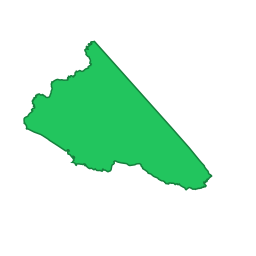 Padilla, Cauca, Colombia, rotated 300°
{"feature_id": "7082276B60306197316687", "entity_name": "Padilla", "entity_type": "district", "adm_level": 2, "iso_a3": "COL", "parent_name": "Colombia", "parent_adm1": "Cauca", "projection": "equal_earth", "projection_center": [-76.342, 3.186], "detail": "fine", "context": "isolated", "style": "filled", "palette": "green", "viewbox_px": 256, "rotation_deg": 300, "n_neighbors": 0, "source": "geoboundaries", "source_scale": "gbopen_adm2", "svg_char_len": 5620}
<svg xmlns="http://www.w3.org/2000/svg" viewBox="0 0 256 256"><g transform="rotate(300 128 128)"><path d="M128.7,223.0L128.7,221.3L129.0,220.5L130.1,219.5L130.8,218.4L131.0,217.5L132.0,214.9L132.7,213.6L133.3,213.1L133.7,212.1L134.5,209.4L135.7,206.0L141.4,191.0L145.8,177.9L149.8,166.1L186.2,55.6L185.3,54.7L184.4,53.3L184.1,53.0L183.6,52.9L183.3,53.1L183.1,54.2L182.9,54.5L182.2,54.5L182.0,54.4L181.6,52.2L181.1,51.8L180.6,51.9L180.6,53.6L180.4,53.7L179.9,53.5L179.3,53.0L178.5,53.1L178.4,53.0L178.1,51.5L177.9,51.3L177.7,51.3L177.1,52.1L176.6,53.6L176.2,54.1L175.9,53.6L176.1,53.0L176.4,52.2L176.4,51.9L174.6,52.2L174.0,51.6L173.6,52.0L173.0,52.8L172.4,54.1L172.2,54.4L171.8,54.6L171.0,54.6L170.6,55.0L170.4,55.9L169.9,57.3L170.0,58.3L169.9,58.9L169.2,59.6L168.7,60.6L167.9,61.5L167.2,62.1L166.2,62.1L165.0,62.6L165.0,63.0L165.2,63.5L165.1,64.1L164.9,64.3L164.2,64.0L163.5,64.4L163.1,63.9L162.2,63.3L161.1,62.9L160.6,63.2L160.4,63.7L160.1,63.6L159.9,63.6L158.2,62.0L157.0,61.4L155.2,60.9L154.0,59.9L153.7,58.7L153.8,58.1L153.6,57.4L152.8,56.9L152.1,56.4L151.6,56.2L151.1,55.2L151.2,54.9L150.6,55.0L150.0,54.6L149.7,54.6L149.1,54.7L147.3,55.7L146.2,55.0L145.6,55.4L145.3,55.4L145.0,55.2L144.8,54.6L144.8,54.4L145.1,53.6L145.0,52.9L144.7,52.4L144.1,52.2L143.4,52.4L143.2,52.1L143.2,51.6L143.2,51.1L143.1,50.8L142.3,51.3L142.1,51.3L141.8,50.7L141.6,50.6L141.3,50.9L141.2,51.4L140.9,51.4L140.5,51.1L140.3,51.1L139.9,51.8L139.4,51.8L138.8,50.9L137.2,48.3L136.7,46.6L135.5,45.0L135.0,43.0L134.7,42.5L134.0,41.8L132.3,40.7L131.3,40.2L130.4,40.0L130.1,39.7L130.0,39.2L129.8,39.0L129.4,39.2L128.6,39.7L128.2,39.7L127.8,39.5L127.6,39.6L126.9,40.3L125.7,40.9L124.8,42.1L123.8,42.8L121.4,43.1L120.7,43.5L120.0,43.8L118.9,43.9L116.3,44.4L115.6,44.3L115.1,44.0L114.4,43.4L113.8,42.4L113.6,41.5L114.1,40.2L113.9,39.0L113.9,38.8L114.2,38.6L114.3,38.2L113.9,37.8L114.1,37.0L113.4,36.6L112.9,35.8L113.1,34.1L112.9,33.8L112.2,33.6L111.7,32.6L111.0,32.5L110.7,32.8L110.4,32.8L110.2,32.0L109.8,32.0L109.4,32.2L108.5,33.0L108.2,32.7L107.3,31.5L107.0,31.6L106.8,32.1L106.5,32.4L106.2,32.3L105.6,31.6L105.1,31.6L104.6,32.2L104.3,32.2L103.9,31.7L103.5,31.6L103.2,31.8L102.9,32.4L102.3,32.8L101.4,33.2L101.4,33.4L101.6,33.8L101.6,34.1L101.0,34.9L101.0,35.4L100.5,35.7L100.3,35.3L99.7,35.2L99.4,35.4L99.4,35.8L99.6,36.0L99.7,36.4L99.1,36.6L98.9,37.1L98.6,37.1L97.9,36.6L97.2,35.7L96.6,35.7L95.9,35.4L95.5,35.4L95.2,35.8L95.5,36.1L95.4,36.6L95.1,36.9L94.7,36.6L93.5,36.6L92.7,36.1L91.5,35.6L89.8,35.3L88.0,35.4L86.4,34.1L85.0,33.4L84.1,33.4L82.6,34.2L80.8,35.5L80.3,35.7L80.6,36.3L79.9,37.0L79.4,38.7L77.4,40.3L76.7,40.3L76.5,40.8L77.1,41.7L77.2,42.2L77.5,47.2L77.6,48.9L78.8,55.8L78.5,63.5L78.3,65.4L78.0,66.1L78.1,66.6L78.0,67.7L77.6,76.4L77.2,82.2L77.0,85.3L77.2,86.0L77.6,86.3L78.6,86.4L79.1,86.7L79.4,87.5L79.0,88.4L78.8,88.6L78.5,88.4L78.3,87.6L77.9,87.5L76.4,88.2L75.5,89.1L75.5,89.3L75.8,90.2L75.9,90.6L75.8,91.3L74.7,94.1L74.7,94.5L74.8,94.7L75.3,94.7L76.1,94.5L76.2,95.2L76.2,95.8L75.8,96.3L75.5,96.6L75.1,96.6L74.9,96.4L74.7,95.7L74.3,95.4L74.0,95.6L74.0,96.1L73.7,96.8L73.0,97.3L72.0,97.0L70.9,97.1L70.4,96.9L70.8,97.7L71.0,99.4L70.8,99.9L69.9,101.1L69.8,101.8L70.1,101.9L70.7,101.5L70.9,101.4L71.3,101.7L72.3,103.3L73.1,105.3L73.3,105.6L73.7,106.6L73.8,107.4L74.3,107.6L74.7,107.6L75.0,107.9L75.1,108.3L75.2,109.3L74.9,109.8L74.7,109.8L74.3,109.2L74.1,109.2L73.9,109.4L73.9,109.8L74.4,110.3L74.4,110.7L73.9,112.0L73.7,112.9L73.6,114.8L73.9,115.4L74.7,116.2L74.9,116.6L74.8,118.8L74.8,119.4L75.1,119.6L76.2,120.0L75.8,121.3L75.7,122.3L76.7,124.3L77.3,124.9L77.4,126.4L77.7,127.2L78.2,127.3L78.4,127.2L78.8,126.9L79.3,126.6L79.6,126.6L79.9,126.9L79.9,127.2L79.5,127.7L79.5,128.2L80.1,129.2L80.1,130.5L80.0,132.1L80.2,132.6L80.9,133.2L81.6,133.6L81.9,134.0L82.5,134.2L83.7,134.1L87.1,132.9L87.6,132.8L88.4,132.9L89.3,133.5L90.5,133.7L91.0,133.5L91.8,132.6L93.0,133.2L93.2,133.7L93.3,135.5L93.5,136.5L94.3,139.2L96.4,144.5L96.4,145.5L96.2,146.5L96.2,147.6L96.4,148.3L99.5,152.2L100.1,152.7L101.2,153.3L102.9,155.8L102.9,156.4L102.8,157.6L101.8,158.2L101.7,158.5L101.6,159.1L101.2,159.7L101.1,160.4L100.7,160.8L100.2,161.0L100.1,164.2L99.9,166.0L99.7,166.9L99.0,167.9L99.1,169.0L99.6,170.3L99.6,170.7L99.4,172.0L99.0,174.0L99.0,174.5L99.0,175.1L99.4,177.5L99.5,178.9L99.0,180.0L99.0,182.2L99.1,183.5L99.7,184.7L99.7,185.2L99.7,186.5L99.3,186.9L99.3,187.7L98.8,188.5L98.9,189.0L99.5,189.6L99.5,190.6L99.7,191.0L99.9,191.2L100.7,191.0L100.9,191.1L101.1,191.6L101.5,191.9L101.8,193.2L102.0,193.5L102.3,193.6L102.4,194.2L103.0,195.3L103.0,196.0L102.6,196.9L102.7,197.3L103.2,197.6L103.7,197.6L103.8,197.7L103.8,198.1L104.3,198.7L104.2,198.9L103.9,199.2L103.9,199.7L104.0,199.8L105.1,200.4L105.0,200.7L104.4,201.9L104.4,205.3L104.6,207.0L103.6,208.6L103.6,209.2L103.7,209.3L105.3,209.8L107.0,210.6L107.4,211.5L107.3,212.2L107.6,212.9L107.4,213.6L107.4,214.7L108.4,216.2L108.5,217.0L108.8,217.2L109.1,217.2L109.3,217.6L109.7,218.2L110.9,218.9L110.9,219.4L111.3,219.8L111.6,220.3L112.0,220.5L112.4,221.3L112.7,221.5L113.4,221.5L113.7,221.9L113.7,222.2L114.1,222.5L114.4,222.9L114.7,222.9L115.1,222.7L115.3,222.8L115.4,223.1L115.3,223.8L115.6,224.2L116.3,224.5L117.0,224.5L117.3,223.8L117.9,221.7L118.3,221.4L118.9,220.7L119.2,220.8L119.2,221.2L119.0,221.7L119.1,222.1L119.4,222.2L119.8,222.0L120.2,222.3L120.5,221.9L120.8,221.8L121.0,222.2L120.9,222.8L121.1,223.0L121.6,222.8L122.0,223.0L122.6,222.2L123.0,222.1L123.4,222.3L123.5,222.9L123.8,223.2L125.3,223.3L126.6,223.8L127.2,223.6L127.5,224.1L127.9,223.8L128.0,223.8L128.2,224.3L128.5,224.1L128.5,223.3L128.6,223.1L128.7,223.0Z" fill="#22c55e" stroke="#15803d" stroke-width="1.5"/></g></svg>